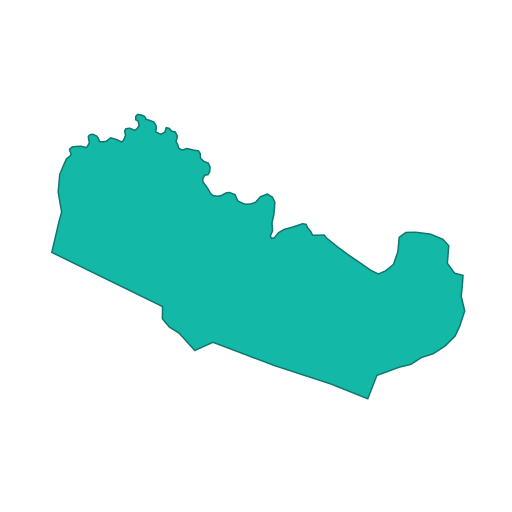 outline of Ethiope West, Delta, Nigeria, rotated 170°
{"feature_id": "59680162B36658267128816", "entity_name": "Ethiope West", "entity_type": "district", "adm_level": 2, "iso_a3": "NGA", "parent_name": "Nigeria", "parent_adm1": "Delta", "projection": "orthographic", "projection_center": [5.764, 5.912], "detail": "fine", "context": "isolated", "style": "filled", "palette": "teal", "viewbox_px": 512, "rotation_deg": 170, "n_neighbors": 0, "source": "geoboundaries", "source_scale": "gbopen_adm2", "svg_char_len": 2014}
<svg xmlns="http://www.w3.org/2000/svg" viewBox="0 0 512 512"><g transform="rotate(170 256 256)"><path d="M425.8,384.6L429.8,378.7L435.1,370.4L439.7,353.4L439.8,333.0L444.3,323.5L456.5,295.0L356.8,222.4L359.1,210.5L353.7,201.1L345.1,193.3L332.7,173.6L313.5,178.5L302.1,171.8L278.5,157.7L270.3,152.9L257.1,145.0L204.6,117.0L176.4,99.5L170.7,96.0L169.2,98.5L157.7,117.4L134.6,121.6L122.2,122.4L110.7,127.3L98.4,129.0L85.3,134.6L73.8,142.6L67.7,151.3L60.0,165.6L60.9,180.6L57.8,191.7L55.5,201.0L63.4,204.6L68.8,215.6L64.4,232.6L69.1,240.0L80.5,247.3L94.3,251.6L104.3,253.2L111.7,249.5L115.6,235.5L122.1,223.8L131.2,218.8L138.6,217.0L145.4,221.9L153.9,230.4L165.5,241.7L174.0,250.7L176.0,252.9L183.9,262.0L185.2,264.8L196.7,266.6L197.8,270.6L200.5,275.3L201.0,278.4L204.5,279.7L215.1,278.1L224.1,277.2L229.8,275.0L234.9,270.6L237.6,270.9L238.5,273.0L235.3,277.9L234.5,285.9L231.5,292.8L229.6,299.6L228.1,305.8L229.7,311.2L234.2,315.1L241.6,313.5L247.0,309.0L252.5,308.1L258.1,309.0L262.5,312.0L264.4,313.6L266.0,320.1L271.2,323.2L274.7,323.3L279.8,321.5L283.4,321.5L287.8,322.9L289.9,325.6L292.0,331.4L295.6,338.7L294.7,341.6L292.6,344.5L289.3,344.4L287.0,346.9L285.8,351.4L286.9,355.8L290.7,358.0L293.7,361.8L293.1,366.1L294.3,369.5L299.1,371.1L305.4,373.9L310.4,373.0L313.3,375.6L313.8,379.3L314.9,382.5L313.8,384.8L312.6,387.7L314.1,392.4L317.4,393.5L319.2,396.7L322.0,398.0L324.4,393.7L328.6,392.4L333.3,395.7L332.1,398.9L331.8,401.9L333.4,405.8L337.3,408.1L340.5,409.7L341.5,412.8L344.3,414.7L348.1,416.0L350.1,414.4L350.8,411.1L348.7,409.4L348.3,405.0L351.1,402.0L353.6,400.8L358.2,403.8L362.0,403.9L363.7,401.8L363.5,397.4L366.5,392.9L368.3,391.5L372.5,394.5L375.3,396.0L378.6,397.6L383.8,394.9L386.7,395.1L390.2,395.8L390.9,399.6L392.2,401.9L395.5,404.2L397.9,404.3L399.4,403.8L400.4,402.6L400.6,399.2L400.3,398.0L400.7,396.1L403.4,392.8L404.5,392.3L409.0,394.4L413.8,395.1L418.0,395.3L421.1,393.5L421.0,391.2L420.3,388.3L421.7,386.8L425.8,384.6Z" fill="#14b8a6" stroke="#0f766e" stroke-width="1.5"/></g></svg>